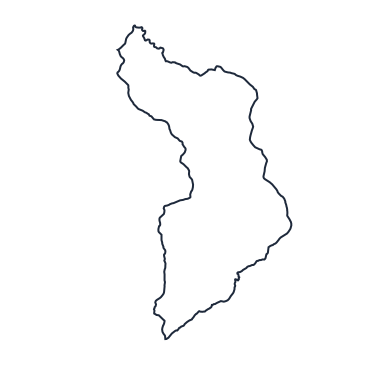 the district of Charta, Santander, Colombia, rotated 103°
{"feature_id": "7082276B80565100217249", "entity_name": "Charta", "entity_type": "district", "adm_level": 2, "iso_a3": "COL", "parent_name": "Colombia", "parent_adm1": "Santander", "projection": "mercator", "projection_center": [-72.993, 7.252], "detail": "fine", "context": "isolated", "style": "outline", "palette": "slate", "viewbox_px": 384, "rotation_deg": 103, "n_neighbors": 0, "source": "geoboundaries", "source_scale": "gbopen_adm2", "svg_char_len": 5980}
<svg xmlns="http://www.w3.org/2000/svg" viewBox="0 0 384 384"><g transform="rotate(103 192 192)"><path d="M280.1,128.9L277.3,128.7L275.2,129.1L274.5,128.8L273.6,128.8L272.1,129.7L271.4,129.8L269.8,129.5L268.4,129.9L268.2,130.1L267.5,130.3L267.2,129.9L267.3,129.2L267.8,127.3L267.6,127.1L266.7,127.0L266.5,126.8L266.2,126.7L265.5,127.2L264.4,126.8L263.7,127.7L263.0,127.8L261.8,128.4L261.5,129.3L260.8,129.6L259.9,129.1L259.2,127.2L257.9,125.7L256.4,124.7L253.9,122.0L252.4,121.2L251.5,120.0L251.2,119.1L249.6,117.0L249.4,116.0L249.0,115.4L247.4,114.4L244.9,113.5L244.4,112.9L244.2,112.1L243.2,111.0L242.8,109.5L241.9,108.2L241.5,106.3L241.1,106.0L240.0,105.5L236.1,105.5L235.7,105.4L235.2,104.8L234.1,104.4L228.6,105.0L226.9,103.5L225.8,102.0L225.6,101.4L224.4,100.5L223.4,99.1L222.1,98.2L219.2,96.8L217.9,96.3L216.3,95.3L211.1,90.1L209.2,89.1L206.2,88.0L205.2,87.8L202.2,87.7L200.3,88.2L198.5,89.2L197.9,89.9L196.9,90.6L193.9,93.7L193.3,94.0L191.1,94.3L189.0,94.9L188.4,95.2L187.7,95.3L186.0,96.0L185.0,96.6L183.4,97.3L181.2,98.7L180.1,99.0L177.7,100.7L176.2,102.6L175.7,104.4L173.9,107.2L172.9,108.4L172.0,108.9L170.5,110.3L166.5,115.6L165.2,118.1L165.2,117.9L163.1,123.8L162.5,124.9L161.9,125.4L161.1,125.8L160.3,125.9L155.6,125.9L152.1,126.4L147.3,126.2L145.2,125.9L143.7,126.4L141.5,128.6L139.2,131.6L137.8,132.4L136.6,132.8L135.5,133.6L135.2,134.3L135.2,135.7L134.2,140.5L132.6,142.8L130.7,145.2L129.6,146.3L128.1,147.4L125.5,147.7L123.3,147.7L118.5,147.5L116.2,147.2L114.6,147.1L111.9,148.6L110.0,150.6L108.9,151.4L106.9,152.6L105.4,152.9L98.8,152.8L98.2,153.1L97.6,153.1L89.9,151.2L87.3,149.8L86.1,149.3L85.8,149.3L82.6,150.5L81.2,150.9L78.3,152.5L78.0,153.0L77.7,154.3L75.8,156.4L74.2,159.8L70.2,166.1L69.3,168.0L68.7,170.9L68.5,173.9L68.1,175.6L67.5,176.6L67.3,177.4L67.3,180.4L67.1,181.6L67.4,183.9L67.3,187.1L67.1,187.7L66.2,189.1L64.1,191.7L63.7,192.6L63.7,195.2L64.0,196.3L65.8,197.0L68.1,197.2L68.2,200.7L69.1,203.5L69.5,203.8L70.8,204.1L72.6,205.8L73.4,206.3L76.2,209.0L76.7,209.7L76.7,210.7L76.0,211.7L75.0,214.7L75.0,215.8L75.3,216.6L75.1,217.9L74.0,220.9L71.9,223.4L71.3,224.6L71.2,225.2L71.1,227.6L71.6,228.8L71.6,229.4L70.4,232.3L70.1,235.9L69.9,237.1L69.6,237.3L69.6,238.5L69.9,240.1L70.7,241.2L70.7,242.4L70.2,245.1L70.2,246.1L70.5,246.8L70.1,247.3L68.2,248.4L66.7,250.0L65.0,251.3L63.8,251.8L63.6,252.1L62.9,252.2L62.3,251.7L59.9,251.6L58.7,252.4L58.5,253.1L58.4,255.2L58.5,255.4L59.4,255.9L59.8,256.6L59.9,258.2L59.1,259.5L59.1,261.3L58.4,261.9L56.3,262.0L55.9,262.4L56.0,263.6L56.5,264.7L56.5,265.8L56.2,266.3L55.4,267.0L53.7,267.4L53.2,268.1L53.4,269.5L54.8,271.0L54.9,271.5L54.7,272.0L52.9,273.1L51.0,274.9L50.5,275.0L48.6,273.7L47.6,273.4L45.8,273.7L45.5,274.1L45.6,274.7L46.0,275.4L46.1,276.0L45.4,277.0L45.2,277.2L43.5,277.2L42.9,277.7L42.8,278.5L43.4,279.2L43.8,280.7L44.1,283.3L43.8,284.3L43.4,284.7L42.9,284.8L42.7,285.0L42.7,285.4L43.1,285.9L44.2,286.3L45.0,286.4L46.6,285.8L48.0,285.8L49.0,286.1L50.5,286.8L51.5,287.8L53.3,289.1L56.3,290.3L57.6,290.6L61.9,290.5L62.9,290.8L63.9,291.6L67.3,293.7L69.6,295.5L70.2,296.3L70.7,295.2L71.5,294.6L73.8,293.4L75.7,292.0L76.4,291.0L77.0,289.6L77.3,289.2L77.8,288.5L78.9,287.7L80.5,287.7L81.1,287.8L82.2,288.3L83.1,289.1L84.6,289.7L85.7,289.9L88.5,289.9L89.9,290.1L91.0,290.5L92.2,291.4L93.1,291.5L93.5,291.3L95.1,290.0L97.4,286.8L99.6,282.3L102.2,278.2L103.1,277.8L104.7,277.5L106.4,276.7L109.8,276.4L112.6,275.1L116.0,272.2L117.5,270.3L118.7,269.1L119.5,268.6L121.3,265.6L122.9,263.4L123.2,262.6L123.9,258.3L124.9,255.9L125.1,254.2L125.7,252.8L126.0,251.6L127.2,250.6L127.4,248.6L129.8,245.4L129.8,243.3L128.8,237.9L129.2,233.7L129.6,233.1L129.8,232.1L131.4,230.3L132.5,229.5L133.4,229.0L135.7,228.1L136.6,227.3L139.0,225.9L140.4,224.6L142.4,221.0L143.0,218.0L144.6,215.9L145.0,215.1L145.1,213.4L145.4,212.9L146.3,212.2L147.7,211.9L148.5,211.0L149.6,210.0L150.6,208.6L151.1,208.1L152.4,207.7L155.1,208.0L157.6,209.3L159.2,210.5L159.5,210.6L164.6,210.4L165.6,209.7L166.8,206.6L169.2,202.7L169.6,201.8L170.0,201.3L171.8,199.7L172.5,199.4L175.2,199.0L176.9,198.2L177.9,197.6L179.3,195.5L180.2,194.6L184.6,192.6L187.2,192.2L189.7,192.2L191.0,192.5L191.5,192.9L194.7,193.2L197.3,192.4L197.7,192.5L199.1,194.0L199.7,195.0L200.4,196.9L201.7,198.9L202.8,201.7L207.0,207.5L207.6,208.9L208.8,210.7L209.6,211.4L210.7,213.0L211.6,215.1L212.0,215.5L212.6,215.8L214.3,215.9L215.8,214.8L216.5,214.6L218.2,214.4L219.8,214.5L224.3,217.6L225.6,217.7L227.3,217.2L229.3,216.1L231.1,215.6L232.1,215.8L232.7,216.4L235.7,216.4L237.7,215.9L238.5,215.3L240.5,212.1L245.7,210.9L247.9,209.7L249.2,209.3L251.8,207.5L252.5,207.4L253.1,207.0L254.8,205.0L256.1,204.5L257.8,204.4L258.8,204.8L259.1,205.1L259.6,205.1L260.6,204.8L263.3,203.4L265.2,203.5L265.7,203.0L267.5,201.8L267.9,201.7L270.4,201.3L271.0,201.1L272.7,201.0L273.4,201.2L276.0,201.1L278.4,200.2L284.2,198.9L285.8,198.1L286.5,198.0L289.1,197.8L290.0,197.5L295.0,196.8L296.4,196.7L297.7,196.9L300.1,197.9L299.7,197.8L301.4,198.6L302.8,199.7L305.0,201.9L306.1,202.7L306.8,202.9L308.0,202.9L309.5,201.8L311.4,201.8L312.7,202.5L313.9,202.4L314.2,202.6L314.8,202.7L316.0,201.9L318.7,201.6L319.0,201.4L319.3,200.1L319.8,199.0L319.6,196.6L323.1,190.8L323.4,190.1L323.8,189.7L326.1,189.6L327.8,189.8L328.5,190.1L330.9,190.3L332.6,190.2L334.9,189.3L336.5,187.9L337.8,186.3L338.3,185.9L341.3,184.9L341.0,183.9L339.3,182.2L334.4,179.8L331.3,177.3L330.3,176.2L330.7,176.4L330.3,175.9L330.3,175.3L329.1,174.5L327.7,174.1L327.1,173.7L326.9,173.2L326.1,172.6L325.6,172.3L324.2,170.1L323.1,169.6L322.3,169.4L319.7,167.5L317.4,165.3L317.3,164.9L316.1,163.4L315.4,163.3L314.0,162.5L311.5,161.6L309.9,160.6L309.8,160.3L309.3,159.9L306.8,158.5L306.5,158.1L306.7,157.0L306.4,155.0L305.9,153.7L305.6,152.6L304.4,151.8L302.6,150.1L301.4,148.6L300.8,148.3L300.5,147.8L299.4,147.2L297.6,147.2L297.5,146.6L296.4,145.6L296.0,144.4L294.4,142.7L291.8,139.3L291.7,136.3L290.8,134.6L289.5,132.9L287.7,131.8L284.7,130.8L281.3,129.2L280.1,128.9Z" fill="none" stroke="#1e293b" stroke-width="2"/></g></svg>